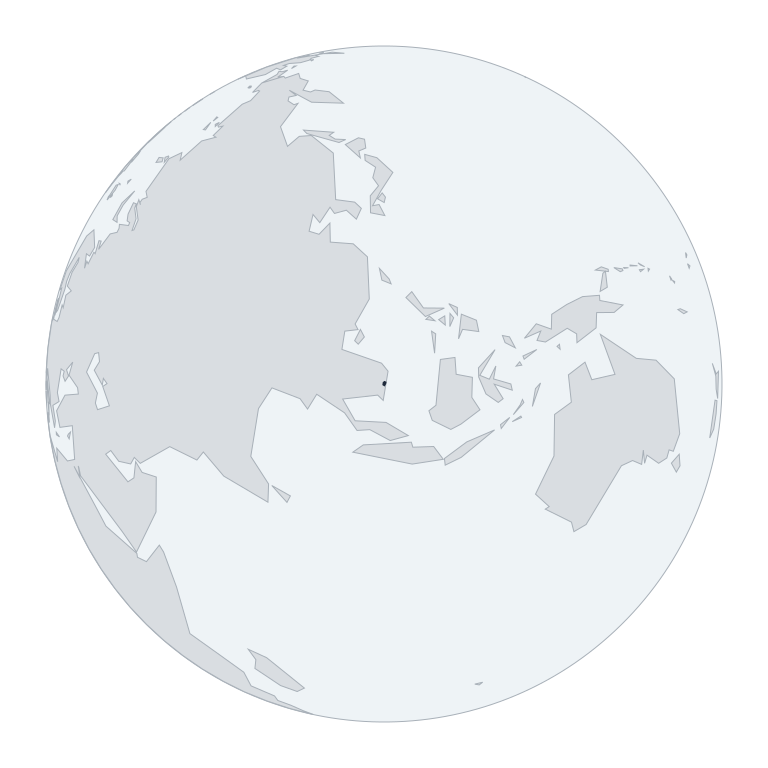 Bà Rịa - Vũng Tàu on an orthographic globe, rotated 317°
{"feature_id": "VNM-495", "entity_name": "Bà Rịa - Vũng Tàu", "entity_type": "Province", "adm_level": 1, "iso_a3": "VNM", "parent_name": "Vietnam", "parent_adm1": "", "projection": "orthographic", "projection_center": [107.178, 10.562], "detail": "fine", "context": "on_globe", "style": "filled", "palette": "slate", "viewbox_px": 768, "rotation_deg": 317, "n_neighbors": 0, "source": "natural_earth", "source_scale": "10m", "svg_char_len": 9677}
<svg xmlns="http://www.w3.org/2000/svg" viewBox="0 0 768 768"><g transform="rotate(317 384 384)"><circle cx="384" cy="384" r="338" fill="#eef3f6" stroke="#a8b0b8"/><path d="M694.2,493.5L693.7,495.8L693.5,496.2L694.2,493.5ZM542.1,85.3L542.3,85.6L554.0,92.7L542.7,86.4L572.4,106.0L580.6,115.1L564.5,100.7L557.6,96.3L559.7,99.8L553.0,96.2L550.2,96.2L542.0,92.0L533.3,85.0L527.8,82.5L529.7,85.3L522.6,83.7L520.8,79.8L508.3,76.8L491.4,67.1L493.1,64.2L485.0,61.5L514.1,72.1L542.1,85.3ZM697.0,256.8L696.7,256.2L696.3,254.9L697.0,256.8ZM563.9,99.2L562.0,97.4L566.1,100.5L563.9,99.2ZM551.3,97.0L553.9,98.9L551.3,98.2L551.3,97.0ZM536.5,91.4L531.5,90.2L535.1,90.1L536.5,91.4ZM527.6,88.8L515.6,87.1L520.5,90.7L499.9,80.5L516.9,84.7L520.5,83.7L522.5,86.2L527.6,88.8ZM490.4,75.7L486.2,74.6L488.9,74.5L490.4,75.7ZM460.1,54.8L457.9,54.3L456.2,53.9L454.1,53.4L460.1,54.8ZM444.5,51.5L437.5,50.3L436.5,50.2L444.5,51.5ZM433.7,49.9L445.8,51.9L446.1,52.0L433.7,49.9ZM426.3,48.8L430.6,49.3L430.8,49.4L426.3,48.8ZM412.9,47.3L412.4,47.3L410.7,47.1L412.9,47.3ZM417.2,47.7L420.4,48.1L418.6,47.9L417.9,47.9L416.2,47.6L417.2,47.7ZM425.9,48.8L427.4,49.0L424.0,48.6L425.9,48.8ZM405.9,46.8L407.4,47.0L401.2,46.8L398.1,46.4L399.5,46.4L405.9,46.8ZM117.9,175.8L115.3,179.3L105.1,193.1L92.3,218.3L100.9,207.8L100.0,224.4L106.3,228.2L127.6,201.9L117.4,194.7L126.3,180.3L143.1,174.6L153.6,182.9L157.4,177.7L159.7,162.7L171.3,155.7L161.6,157.0L158.7,163.0L152.6,164.5L154.8,159.2L158.8,156.6L158.2,152.7L139.3,167.5L134.4,175.2L127.3,173.8L118.4,186.9L113.2,191.4L126.3,171.2L132.0,164.8L148.7,143.1L142.1,149.3L125.8,170.8L126.8,168.3L117.7,178.6L125.4,168.8L145.0,145.3L144.7,145.4L162.7,128.6L181.9,113.2L185.9,110.3L185.6,111.1L202.6,100.0L204.8,99.3L194.1,105.7L186.6,111.3L187.6,115.4L191.6,113.8L202.5,106.7L201.4,109.4L211.9,102.1L218.8,102.6L219.2,96.4L232.0,89.6L243.2,86.4L247.5,83.5L229.3,89.0L221.9,92.5L215.5,96.9L195.6,107.5L192.5,108.1L213.6,94.1L211.4,94.0L228.8,84.6L267.5,73.0L277.0,73.4L265.5,86.8L255.9,89.6L255.2,85.8L243.9,95.1L250.5,91.5L249.6,94.3L261.7,89.8L261.6,91.7L273.3,84.8L274.6,86.6L267.1,90.9L286.1,87.5L292.2,91.0L296.5,89.4L299.4,86.8L305.2,93.8L308.1,92.5L307.4,89.5L312.7,85.2L324.4,80.6L325.7,83.3L321.7,85.3L315.3,94.1L304.4,99.9L306.2,100.7L316.0,96.4L323.8,85.4L330.4,82.0L328.1,86.8L329.4,84.8L333.2,84.0L338.1,86.0L341.3,80.8L380.4,72.6L394.0,76.9L387.6,81.3L416.4,81.9L429.4,88.9L428.6,85.8L442.0,85.5L438.1,83.2L438.7,81.8L471.1,82.7L479.7,85.8L492.8,84.9L492.4,83.7L486.7,81.1L499.9,80.5L520.5,90.7L520.4,92.9L533.4,98.7L531.1,103.4L535.3,110.7L525.2,113.9L529.4,120.3L534.1,122.0L543.2,132.8L545.9,151.0L523.2,128.5L515.1,104.6L516.6,113.1L510.2,109.3L506.9,111.5L508.6,118.3L512.5,120.1L483.8,125.2L475.5,144.4L490.9,145.1L500.3,152.7L504.4,180.5L474.4,216.2L486.6,231.0L487.2,240.1L476.2,244.6L475.0,231.2L464.1,225.5L465.1,217.9L447.1,222.2L447.7,211.6L433.4,221.2L438.6,230.2L454.2,229.4L441.5,243.6L457.1,260.5L458.6,279.7L431.2,311.8L403.8,320.4L402.1,326.5L391.4,318.6L376.8,330.0L396.4,367.1L395.7,377.4L372.2,395.5L371.8,387.8L343.5,366.8L337.8,391.2L359.3,413.5L366.6,438.3L350.0,429.6L342.5,407.7L332.6,399.6L335.5,378.2L327.8,345.6L311.0,350.2L312.6,337.5L299.4,310.4L275.4,316.4L237.2,346.1L231.4,378.4L218.5,391.3L204.0,342.1L205.5,310.5L195.3,312.0L184.6,283.7L151.6,275.8L151.3,267.4L144.2,269.7L137.3,259.6L138.8,246.3L132.6,245.5L130.0,280.9L137.1,282.1L149.4,271.4L146.8,283.7L154.0,296.7L130.0,322.1L88.4,338.1L91.9,313.6L99.5,244.1L103.5,237.6L103.9,236.8L104.5,235.4L97.4,245.7L101.2,232.8L89.0,278.9L83.7,298.3L87.7,339.4L85.5,342.6L89.1,351.9L109.8,348.6L108.2,356.6L93.8,391.0L71.8,434.2L79.1,470.1L84.9,499.3L80.9,514.1L91.2,537.5L90.5,543.0L97.0,555.9L102.0,567.6L106.8,577.2L106.1,576.3L93.3,556.2L81.9,535.3L71.9,513.7L63.6,491.4L56.8,468.5L51.7,445.2L48.2,421.7L46.4,397.9L46.2,374.1L47.8,350.3L51.0,326.7L55.8,303.4L62.3,280.5L70.4,258.1L80.1,236.3L91.2,215.3L103.8,195.0L117.9,175.8ZM157.0,207.4L168.3,212.7L176.6,194.0L181.7,194.8L182.6,188.5L177.2,192.7L181.5,176.3L191.2,173.6L196.7,166.4L193.1,164.5L174.6,172.4L168.2,195.2L159.9,201.1L157.0,207.4ZM376.5,46.2L376.3,46.2L379.1,46.1L373.8,46.6L360.8,47.4L365.0,47.4L361.1,48.4L350.3,49.6L354.0,48.5L339.4,51.0L338.1,50.3L336.5,50.6L331.3,50.9L322.2,52.2L323.1,51.8L319.2,52.6L315.6,53.2L310.5,54.2L343.3,48.5L376.5,46.2ZM398.1,46.4L397.3,46.3L397.9,46.4L392.8,46.3L399.3,46.9L384.0,46.8L375.7,46.7L388.1,46.1L398.1,46.4ZM119.0,175.0L118.3,176.4L118.7,177.0L113.0,184.0L119.0,175.0ZM125.3,166.6L131.9,158.9L132.2,158.7L124.3,167.9L125.1,166.9L125.3,166.6ZM139.2,151.3L132.9,158.0L136.7,153.7L139.2,151.3ZM195.1,105.5L196.2,105.3L193.7,107.1L190.0,109.4L195.1,105.5ZM306.9,60.6L310.3,59.0L312.3,58.8L323.7,55.9L325.6,56.8L319.5,58.9L306.9,60.6ZM122.0,205.3L116.3,209.4L117.1,206.2L118.9,205.4L122.0,205.3ZM111.4,195.8L110.6,201.4L109.8,197.7L111.4,195.8ZM310.9,61.0L315.4,59.6L313.5,61.0L310.9,61.0ZM327.6,57.4L326.6,58.7L327.2,56.6L327.6,57.4ZM245.7,665.4L252.8,669.4L248.4,669.0L245.7,665.4ZM111.5,504.1L118.4,552.1L110.8,549.7L102.7,534.0L95.6,504.0L102.3,498.2L103.8,485.4L111.5,504.1ZM452.1,499.0L462.2,500.8L461.8,502.3L452.1,499.0ZM441.5,493.2L453.2,494.2L439.4,496.5L441.5,493.2ZM457.7,494.6L469.5,492.1L474.7,489.8L473.7,492.9L457.7,494.6ZM433.6,493.0L390.4,490.3L373.4,485.1L377.4,479.7L405.0,482.8L433.6,493.0ZM376.0,479.5L350.0,461.8L314.7,412.6L327.3,414.4L364.3,445.2L362.0,449.9L377.7,463.6L376.0,479.5ZM439.1,453.7L436.6,468.3L412.8,465.8L401.9,462.8L394.5,443.5L398.6,434.2L407.5,435.0L442.0,404.5L454.0,413.0L443.4,426.1L453.2,439.4L439.1,453.7ZM232.7,381.7L239.2,402.0L232.3,404.4L232.7,381.7ZM456.0,382.6L442.0,396.0L454.8,377.8L456.0,382.6ZM463.5,365.3L464.4,372.5L458.7,365.3L463.5,365.3ZM401.7,336.2L392.3,337.3L392.1,332.3L404.0,328.0L401.7,336.2ZM459.5,296.3L459.4,310.7L457.5,315.6L453.3,306.6L459.5,296.3ZM333.4,72.8L315.3,75.2L303.6,79.0L299.0,83.7L297.8,78.8L315.9,72.9L333.4,72.8ZM374.5,72.0L378.5,68.9L381.9,70.3L381.5,71.2L374.5,72.0ZM373.2,70.1L368.4,66.5L374.0,64.9L376.7,68.0L373.2,70.1ZM338.9,61.8L333.4,62.3L335.1,61.0L338.9,61.8ZM615.1,621.6L616.1,623.3L606.4,632.4L594.3,641.9L585.4,645.6L615.1,621.6ZM537.7,647.8L540.2,637.9L552.0,636.7L544.7,645.7L537.7,647.8ZM623.4,614.3L632.1,604.5L638.2,592.8L633.8,603.2L637.3,602.8L618.1,622.2L623.4,614.3ZM501.9,605.7L436.0,624.6L422.2,621.5L426.9,612.9L416.6,585.5L421.2,586.3L419.7,567.9L459.2,552.6L488.0,522.6L508.6,525.1L525.1,503.1L545.9,505.1L538.9,522.6L559.5,534.5L576.1,495.2L586.0,537.3L599.2,552.1L599.8,578.2L566.4,622.0L549.7,630.5L547.6,626.6L540.4,631.0L530.8,629.3L527.8,615.4L520.5,619.7L528.6,609.2L517.6,618.5L513.6,609.5L501.9,605.7ZM649.7,530.0L652.0,531.0L654.9,538.0L651.2,537.0L649.7,530.0ZM688.0,503.0L688.3,506.3L686.1,507.5L688.0,503.0ZM693.5,496.2L690.9,498.0L694.2,493.5L693.5,496.2ZM665.6,504.7L666.5,507.3L665.4,508.3L665.6,504.7ZM664.7,503.9L666.6,499.6L665.9,503.8L664.7,503.9ZM654.3,481.7L656.0,479.4L656.6,481.1L654.3,481.7ZM477.2,501.6L491.6,490.7L499.2,490.0L477.2,501.6ZM652.2,477.1L648.2,476.8L648.7,474.6L652.2,477.1ZM652.7,471.8L652.4,468.6L654.6,476.0L652.7,471.8ZM645.1,464.8L650.0,470.4L644.5,465.5L645.1,464.8ZM642.1,465.7L638.5,463.2L638.7,462.3L642.1,465.7ZM598.8,470.1L612.7,489.2L601.1,488.6L588.2,476.8L577.4,487.6L553.3,485.4L559.1,478.7L556.0,468.2L530.7,463.4L525.6,456.5L534.8,452.2L517.9,446.3L536.4,443.8L543.8,458.0L554.2,447.4L571.9,450.5L588.8,455.5L602.1,466.1L598.8,470.1ZM536.2,474.5L539.4,474.6L536.5,478.7L536.2,474.5ZM631.5,455.6L636.8,462.3L636.1,464.0L633.4,463.0L631.5,455.6ZM605.2,463.7L619.6,452.3L622.9,452.5L613.3,465.5L605.2,463.7ZM616.3,444.8L622.8,446.5L626.2,453.0L624.8,454.8L616.3,444.8ZM498.4,460.3L497.6,464.2L492.8,461.0L498.4,460.3ZM504.7,458.3L519.3,463.0L503.4,461.5L504.7,458.3ZM460.0,443.0L464.3,452.3L478.1,447.1L467.6,455.0L476.8,470.5L473.6,476.0L464.5,459.3L461.1,476.0L455.0,475.4L451.8,460.8L458.0,443.5L464.1,436.6L488.7,434.6L460.0,443.0ZM504.7,447.1L500.8,436.3L503.7,429.3L507.9,435.1L504.7,447.1ZM489.1,410.3L478.7,397.6L469.3,401.8L488.2,385.7L495.1,400.4L489.1,410.3ZM480.1,383.1L471.3,386.9L480.4,377.4L480.1,383.1ZM469.0,382.7L467.9,374.2L474.9,375.6L469.0,382.7ZM484.7,383.7L486.2,369.4L489.8,378.0L484.7,383.7ZM464.7,355.3L479.9,369.7L460.3,362.9L459.0,335.7L467.3,335.4L464.7,355.3ZM507.9,251.4L505.6,244.2L513.0,243.0L512.5,248.3L507.9,251.4ZM534.8,235.3L514.2,240.4L497.2,245.8L502.8,249.4L499.5,261.4L490.9,249.6L502.3,237.0L515.2,235.3L516.5,225.5L525.7,219.7L522.7,207.6L526.5,202.9L533.1,213.6L534.8,235.3ZM520.9,202.5L519.0,182.5L533.2,186.5L536.7,191.7L531.6,199.0L524.5,196.4L520.9,202.5ZM522.7,179.1L515.8,176.7L498.4,148.2L498.3,143.4L518.9,165.6L513.5,164.8L515.3,171.6L522.7,179.1ZM487.8,76.1L486.4,74.7L490.0,76.2L487.8,76.1ZM436.2,80.6L437.7,79.0L442.0,80.4L436.2,80.6ZM444.2,75.7L438.4,75.2L443.9,74.6L444.2,75.7ZM425.4,74.7L435.8,74.5L426.7,76.4L425.4,74.7Z" fill="#d9dde1" stroke="#a8b0b8" stroke-width="1"/><path d="M383.1,384.3L383.2,384.2L383.2,383.7L383.6,383.4L383.8,383.3L383.8,383.2L384.4,382.8L384.5,382.7L384.6,382.8L384.6,383.0L384.8,383.3L385.0,383.3L385.0,383.2L385.4,382.8L385.6,382.6L385.8,382.6L386.0,382.9L386.3,383.7L386.4,383.9L386.3,384.0L386.1,384.2L386.0,384.3L385.9,384.4L385.6,384.5L385.2,384.6L384.9,384.6L384.7,384.9L384.5,385.1L384.4,385.1L384.2,384.9L384.2,384.7L383.9,384.5L383.7,384.5L383.6,384.4L383.4,384.4L383.3,384.5L383.3,384.4L383.2,384.5L383.1,384.4L383.1,384.3ZM384.0,384.6L384.2,384.8L383.9,385.0L383.7,385.2L383.5,385.3L383.4,385.1L383.7,384.9L383.8,384.9L383.9,384.7L384.0,384.6ZM383.0,383.6L383.1,383.8L383.0,384.0L382.9,384.0L382.9,383.9L383.0,383.8L383.0,383.6L383.0,383.6Z" fill="#64748b" stroke="#1e293b" stroke-width="1.5"/></g></svg>